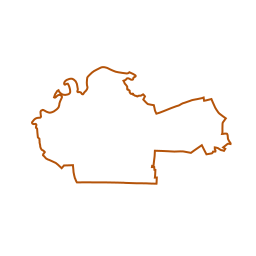 the district of Quang Dien, Thừa Thiên - Huế, Vietnam, rotated 144°
{"feature_id": "81297802B21993860278161", "entity_name": "Quang Dien", "entity_type": "district", "adm_level": 2, "iso_a3": "VNM", "parent_name": "Vietnam", "parent_adm1": "Thừa Thiên - Huế", "projection": "orthographic", "projection_center": [107.498, 16.59], "detail": "fine", "context": "isolated", "style": "outline", "palette": "amber", "viewbox_px": 256, "rotation_deg": 144, "n_neighbors": 0, "source": "geoboundaries", "source_scale": "gbopen_adm2", "svg_char_len": 5547}
<svg xmlns="http://www.w3.org/2000/svg" viewBox="0 0 256 256"><g transform="rotate(144 128 128)"><path d="M201.3,114.0L196.8,110.8L193.3,108.3L187.1,103.7L178.7,97.6L169.0,90.3L163.5,86.1L162.6,85.3L154.0,78.6L151.4,76.7L145.9,72.6L141.9,69.4L137.7,66.2L137.4,66.5L134.7,69.9L133.8,71.0L134.7,71.6L135.4,72.1L134.7,72.8L133.2,74.6L130.8,77.6L130.5,78.0L131.2,78.6L129.8,81.0L131.6,82.3L130.7,83.2L129.7,82.3L128.1,84.1L123.0,89.6L119.6,93.8L113.7,89.2L109.7,86.0L104.4,81.7L99.2,78.2L97.0,76.5L91.7,70.9L88.7,70.9L87.5,70.9L78.4,70.7L79.4,64.6L80.0,60.6L75.7,58.5L75.0,58.2L74.3,58.3L73.8,58.4L73.4,58.7L73.1,58.9L72.0,58.1L71.4,57.7L71.2,57.6L70.7,58.0L70.4,58.5L70.2,59.9L69.5,60.9L69.2,61.3L68.4,60.5L67.9,59.9L67.1,58.9L66.6,57.6L66.4,57.1L66.1,56.3L65.9,55.8L65.5,55.2L64.7,54.4L63.8,53.1L61.5,54.0L62.4,56.4L59.5,56.5L59.3,56.5L59.2,56.5L57.1,56.6L56.4,56.5L55.9,56.2L54.5,54.8L54.0,55.3L53.9,58.2L53.5,60.5L53.4,60.7L53.3,60.8L51.7,63.5L51.4,64.4L51.3,64.9L51.4,65.3L52.3,66.1L53.2,66.7L54.1,67.1L55.4,67.9L55.0,68.2L54.4,68.7L52.8,70.8L52.2,71.7L49.0,75.9L48.1,76.7L43.2,78.3L44.3,81.6L45.6,85.9L45.8,87.4L45.7,90.8L45.5,93.2L44.3,99.0L43.5,102.4L48.7,104.5L50.4,105.3L50.0,106.2L49.1,107.8L48.9,108.2L50.6,108.7L55.1,110.7L55.5,110.9L56.3,111.3L59.1,112.6L59.6,112.8L60.4,113.1L61.6,113.4L65.2,114.5L67.2,115.1L69.2,115.8L71.2,116.1L72.4,116.2L73.8,116.4L76.0,117.2L81.3,118.7L83.7,119.3L88.9,120.6L93.4,121.8L96.6,122.9L96.3,124.5L95.9,126.3L94.7,128.9L93.7,131.3L95.8,133.4L97.8,135.6L98.0,136.0L98.4,138.1L98.9,142.0L98.0,142.5L95.7,143.6L95.7,143.9L95.7,144.3L95.8,144.7L95.8,145.5L95.9,145.9L96.0,146.2L96.0,146.3L96.3,146.4L96.9,146.4L97.5,146.5L98.0,146.5L98.5,146.6L98.9,146.8L99.1,146.9L99.2,147.0L99.4,147.1L99.7,147.4L100.4,147.8L100.6,147.9L100.8,147.9L100.9,148.0L101.6,147.9L101.8,148.0L102.0,148.1L102.1,148.3L102.2,148.5L102.3,148.7L102.4,149.0L102.5,149.2L102.7,149.4L102.9,149.5L103.1,149.7L103.3,149.9L103.5,150.5L104.1,151.8L104.3,152.1L103.8,152.7L104.0,153.0L104.3,153.2L104.8,153.4L105.3,153.6L105.6,154.1L105.7,154.4L105.7,154.7L105.6,156.1L105.4,156.4L105.0,156.7L104.9,156.8L104.8,157.1L104.8,157.4L104.8,157.6L105.0,157.9L105.3,159.2L105.6,159.3L105.8,159.3L105.9,159.6L105.7,160.0L105.2,160.8L104.8,161.3L104.6,161.5L104.3,162.1L104.3,163.1L104.3,164.3L104.5,165.7L104.3,166.8L104.1,167.3L103.9,168.9L102.1,168.4L101.8,168.4L101.4,168.4L101.0,168.4L100.6,168.5L100.1,168.7L99.7,168.7L98.9,168.3L98.6,168.0L98.3,167.7L97.4,165.9L97.2,165.4L96.9,165.1L96.7,164.9L96.4,164.7L96.1,164.5L95.8,164.4L95.5,164.4L95.3,164.5L95.1,164.6L94.3,165.3L94.1,165.3L93.6,165.5L93.0,165.4L92.7,165.4L92.2,165.3L91.6,165.3L91.4,165.4L91.2,165.6L91.1,165.8L91.1,166.3L92.1,168.7L94.1,172.3L95.3,172.2L96.0,172.4L96.9,172.8L100.1,175.8L103.1,178.8L104.9,180.8L106.5,183.3L108.0,185.9L109.5,188.8L110.2,189.7L111.2,190.9L112.4,191.9L113.4,192.5L114.3,192.8L115.9,193.1L117.9,193.4L119.0,193.6L122.0,194.0L124.5,194.0L127.6,193.6L129.9,193.2L131.2,192.8L132.4,191.6L134.6,189.0L136.0,186.8L136.8,184.8L137.6,184.0L138.5,183.4L140.3,182.8L142.0,182.6L143.5,182.1L144.2,181.8L144.7,181.8L145.1,182.2L145.3,182.6L145.3,183.7L145.2,184.2L145.5,184.8L146.2,185.7L147.4,186.4L147.6,186.9L147.5,187.3L147.1,187.8L146.5,188.1L145.7,189.0L145.2,190.1L144.3,191.9L143.4,193.8L143.1,195.4L142.9,196.5L143.3,198.6L143.6,199.5L144.3,200.7L145.3,201.5L146.7,202.2L148.2,202.6L148.7,202.7L149.2,202.9L150.0,202.9L150.9,202.9L152.0,202.6L152.8,202.2L153.4,201.7L153.7,201.1L153.8,200.7L153.7,200.3L153.3,200.0L152.8,200.0L151.8,199.8L151.1,199.5L150.7,199.2L150.7,198.8L150.9,197.3L151.2,196.1L152.2,193.4L153.1,191.8L153.7,191.0L154.5,190.5L155.2,190.3L156.1,190.3L157.1,190.6L158.0,191.0L159.4,191.7L160.7,192.9L161.4,193.8L161.9,195.0L162.3,196.6L162.3,198.2L162.0,199.4L162.7,199.5L163.3,199.5L163.8,199.5L164.4,199.2L164.8,199.0L167.0,198.2L169.8,196.3L169.5,195.7L169.2,195.5L168.7,195.4L168.1,195.4L167.0,195.6L166.2,195.6L165.3,195.6L164.4,195.3L163.8,195.0L163.2,194.1L163.0,193.2L163.0,192.3L163.3,191.8L163.8,191.4L165.6,190.4L167.5,189.3L169.1,188.1L170.2,186.9L171.4,186.0L172.1,185.5L173.4,185.2L174.6,185.0L175.7,185.0L176.0,185.0L177.1,185.0L178.1,185.0L179.7,185.3L180.9,185.7L182.2,186.3L183.1,187.2L184.4,189.1L185.2,190.9L185.9,192.3L186.6,192.9L187.3,192.9L188.1,193.1L188.8,192.8L189.3,192.5L190.0,191.5L190.1,191.2L190.9,189.9L191.6,188.5L192.0,188.2L192.5,188.0L193.0,188.0L194.3,188.8L195.5,189.5L196.4,189.8L197.6,190.0L199.1,189.9L200.6,189.5L202.3,189.0L202.7,188.3L202.7,187.9L202.7,187.6L202.5,187.2L202.3,187.0L202.2,186.8L201.9,186.5L201.7,186.4L200.9,186.0L200.6,185.8L200.4,185.7L200.2,185.4L200.2,185.0L200.2,184.5L200.3,184.3L201.1,183.6L202.0,182.8L202.3,182.3L202.3,182.0L202.1,181.6L202.0,181.4L201.9,181.2L202.0,180.8L204.1,177.4L206.4,173.4L206.4,173.1L206.3,172.7L206.1,171.9L206.0,171.5L206.1,171.2L206.5,170.6L207.0,169.9L207.4,169.1L208.1,168.2L208.6,167.1L209.2,165.7L210.0,164.4L210.3,163.4L210.5,162.6L210.6,161.3L210.4,160.6L209.8,159.5L209.5,158.2L209.4,157.7L209.5,157.4L209.8,157.3L210.4,157.1L211.2,156.9L211.7,156.8L212.2,156.3L212.7,156.1L212.8,155.8L212.7,155.5L212.6,154.9L212.5,154.6L212.3,152.5L212.2,151.5L212.1,151.3L211.3,149.6L210.6,148.6L209.1,146.0L207.0,142.2L206.3,139.7L205.3,134.5L201.7,135.3L201.5,135.1L199.2,133.5L197.4,132.3L194.4,130.3L194.9,129.5L196.4,126.9L198.0,124.3L199.1,121.9L199.3,121.5L199.5,121.0L200.3,119.0L200.4,118.8L200.5,118.2L200.6,117.6L200.8,117.0L201.0,116.1L201.2,115.2L201.3,114.2L201.3,114.0Z" fill="none" stroke="#b45309" stroke-width="2"/></g></svg>